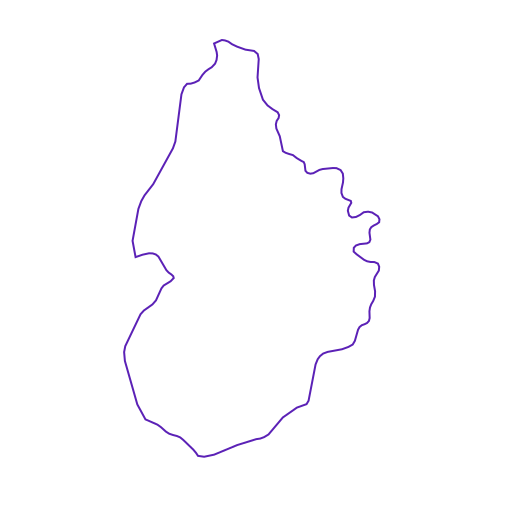 SVG path tracing the border of Salaj, rotated 280°
{"feature_id": "ROU-300", "entity_name": "Salaj", "entity_type": "County", "adm_level": 1, "iso_a3": "ROU", "parent_name": "Romania", "parent_adm1": "", "projection": "mercator", "projection_center": [23.232, 47.144], "detail": "fine", "context": "isolated", "style": "outline", "palette": "violet", "viewbox_px": 512, "rotation_deg": 280, "n_neighbors": 0, "source": "natural_earth", "source_scale": "10m", "svg_char_len": 2210}
<svg xmlns="http://www.w3.org/2000/svg" viewBox="0 0 512 512"><g transform="rotate(280 256 256)"><path d="M458.0,177.8L462.8,184.9L462.9,188.0L462.3,191.6L460.4,195.6L458.9,201.0L457.4,209.7L457.6,218.5L455.2,222.6L450.4,224.5L432.1,226.5L421.9,229.8L411.1,235.7L406.3,241.2L403.5,246.7L401.3,252.4L398.7,254.3L395.8,254.3L392.6,252.9L389.1,252.7L385.1,253.9L378.1,258.6L363.9,264.3L362.8,267.2L362.2,270.9L361.8,274.8L359.5,279.1L357.5,284.3L356.8,286.7L354.8,288.0L348.5,289.9L346.8,292.1L346.5,295.2L347.5,298.1L351.8,303.5L353.2,306.5L356.0,316.5L356.5,320.0L355.3,324.4L352.2,327.2L347.6,328.5L343.6,328.9L336.6,328.6L332.9,329.2L329.3,331.3L327.9,334.0L326.7,339.8L324.9,340.6L319.7,338.7L316.5,338.6L312.0,340.7L310.6,343.8L311.8,347.7L314.5,351.3L317.8,354.5L319.1,358.7L319.0,362.8L316.3,369.2L313.6,371.2L310.6,371.4L308.5,369.4L306.5,366.7L304.4,364.5L301.9,363.5L298.6,363.7L292.0,365.8L289.3,365.2L287.7,363.1L285.7,356.1L283.7,352.6L281.1,350.9L277.3,351.4L275.2,354.7L271.0,363.1L270.1,366.3L270.0,370.0L270.6,373.6L269.7,377.4L266.8,379.2L263.0,379.5L256.0,376.7L252.4,376.3L248.0,377.2L241.9,379.4L236.6,380.2L232.0,379.2L228.6,377.9L225.1,377.2L221.3,377.3L214.6,378.7L211.7,378.5L209.3,377.0L207.7,374.8L206.2,372.2L204.0,370.3L201.1,369.3L189.6,368.1L185.6,366.6L182.5,362.8L179.1,356.9L174.0,343.2L171.6,339.1L168.5,336.4L165.1,334.7L159.6,333.5L122.6,332.9L118.9,331.5L113.8,322.6L101.7,310.5L82.4,299.3L79.0,295.4L76.9,291.8L75.7,288.1L66.6,270.4L53.1,249.3L49.3,239.8L49.1,233.6L51.7,231.1L54.4,227.9L62.3,216.2L64.2,212.8L65.0,209.3L65.3,205.4L65.9,201.4L67.4,197.8L71.0,192.0L72.8,188.2L75.9,175.5L89.2,164.9L129.9,145.1L138.5,142.8L144.5,142.9L178.6,152.4L182.9,155.1L190.3,162.4L194.9,165.2L207.7,168.5L210.9,170.2L216.3,176.3L220.0,178.8L221.7,178.0L223.1,175.9L224.5,172.9L226.5,170.2L238.5,160.0L240.1,157.1L240.6,153.8L240.1,150.2L237.6,144.1L234.0,137.6L249.5,131.8L282.0,132.0L290.2,133.5L296.4,135.7L308.9,142.3L347.6,155.5L354.7,156.7L402.3,154.5L409.6,155.8L413.6,158.2L414.4,161.8L416.2,165.4L418.9,169.1L425.2,171.9L428.8,174.1L431.7,176.8L434.2,179.6L438.3,182.3L442.2,183.1L446.7,182.9L450.1,181.8L458.0,177.8Z" fill="none" stroke="#5b21b6" stroke-width="2"/></g></svg>